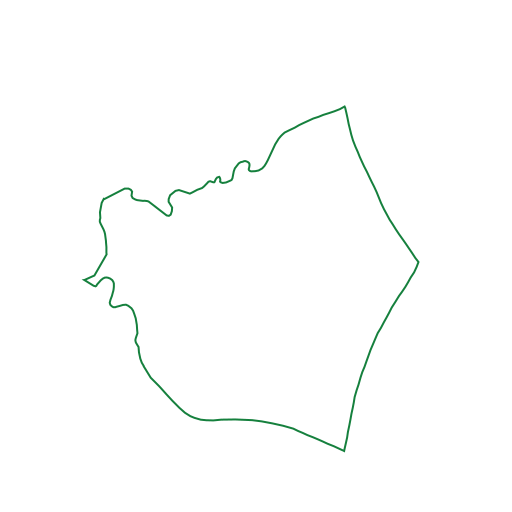 the district of Ma'rib City, Ma'rib, Yemen, rotated 205°
{"feature_id": "15242507B93077253954645", "entity_name": "Ma'rib City", "entity_type": "district", "adm_level": 2, "iso_a3": "YEM", "parent_name": "Yemen", "parent_adm1": "Ma'rib", "projection": "mercator", "projection_center": [45.317, 15.424], "detail": "fine", "context": "isolated", "style": "outline", "palette": "green", "viewbox_px": 512, "rotation_deg": 205, "n_neighbors": 0, "source": "geoboundaries", "source_scale": "gbopen_adm2", "svg_char_len": 3170}
<svg xmlns="http://www.w3.org/2000/svg" viewBox="0 0 512 512"><g transform="rotate(205 256 256)"><path d="M238.9,428.9L242.0,424.6L246.1,420.3L250.3,416.3L254.7,412.3L258.2,408.5L262.2,404.8L265.5,400.9L268.9,396.9L272.2,392.9L275.1,388.7L279.1,383.9L282.2,380.0L283.4,377.2L284.2,375.0L285.0,372.0L285.8,365.4L285.8,347.9L286.0,344.2L286.4,341.1L287.4,338.0L289.8,334.6L292.5,332.6L296.1,330.7L297.3,330.5L298.7,330.9L299.3,331.6L299.7,333.8L300.3,335.7L301.0,336.8L301.8,337.4L303.0,337.7L304.6,337.7L305.8,337.5L306.8,337.0L307.8,335.9L309.6,334.5L310.8,332.6L312.2,326.5L311.9,323.2L310.2,316.5L310.3,314.5L311.6,312.9L314.2,310.0L317.1,308.1L318.9,307.9L320.0,308.2L320.2,309.1L320.8,310.5L322.0,311.8L322.8,312.2L324.4,310.7L324.9,308.8L324.9,307.1L324.9,305.8L324.9,305.3L325.2,305.0L326.2,304.7L329.2,304.4L330.5,303.2L330.9,301.8L332.5,297.1L333.6,294.8L337.2,291.2L340.5,286.8L342.3,284.6L353.7,283.2L356.5,281.0L359.5,274.8L359.2,270.7L358.1,268.2L352.5,264.5L351.2,261.1L350.8,257.4L351.9,255.6L354.1,255.0L376.4,260.0L377.8,259.8L380.3,259.0L381.7,258.2L387.4,256.4L389.3,256.2L392.3,256.4L394.3,258.0L395.5,262.0L397.4,263.1L400.1,263.2L403.5,261.6L417.5,243.5L418.1,243.5L418.3,238.9L415.9,229.7L413.1,224.6L412.8,222.8L412.0,221.0L410.6,219.7L408.3,217.9L405.5,215.7L403.6,213.9L402.1,212.1L398.2,206.0L398.0,205.5L395.3,200.8L393.0,195.8L392.1,194.3L394.2,170.0L395.8,168.2L401.1,162.0L401.5,161.7L390.6,160.4L388.6,160.7L388.1,161.5L388.0,163.0L386.4,168.4L385.2,170.9L383.9,172.5L382.3,173.4L380.7,173.8L378.6,173.9L376.1,173.4L374.4,172.3L373.2,171.0L371.8,168.0L371.0,165.7L370.7,164.5L370.5,163.7L370.4,162.8L369.7,159.0L369.4,154.8L368.8,151.8L367.4,150.2L365.5,149.5L363.7,149.3L361.9,150.1L360.9,151.1L358.6,153.0L355.9,155.4L353.3,156.9L350.7,156.9L346.8,156.0L344.3,154.5L341.9,152.1L338.7,148.7L334.9,143.2L332.5,138.8L330.8,135.9L330.3,131.2L330.0,129.5L329.5,128.3L328.3,126.8L325.7,125.0L324.0,123.9L321.4,119.3L317.5,114.1L314.4,111.0L311.3,108.9L311.2,108.6L300.0,101.2L289.1,97.2L284.3,95.2L279.0,92.9L270.7,89.5L261.2,86.0L254.1,83.9L247.9,83.1L243.4,83.3L236.9,84.3L231.5,86.2L225.1,89.0L218.3,93.0L205.7,99.1L190.1,105.6L181.0,108.5L170.5,111.2L159.7,113.6L149.2,115.3L144.0,115.2L138.9,115.4L133.7,115.4L127.9,115.8L122.3,116.0L117.1,116.1L111.8,116.1L104.9,116.5L99.3,116.5L93.7,116.5L94.3,119.0L95.4,124.1L96.7,130.0L98.3,135.3L99.8,141.8L101.2,147.3L102.9,153.7L104.1,159.1L105.4,164.3L107.0,169.9L108.1,177.1L108.7,182.6L109.9,190.0L110.6,195.7L110.8,201.4L111.4,207.4L112.0,214.0L112.5,219.4L112.7,225.7L112.9,231.1L113.1,237.6L112.4,243.6L112.1,250.0L111.7,255.4L111.4,260.7L111.2,266.7L110.3,273.4L109.5,280.3L108.5,285.4L107.6,291.1L107.1,296.2L106.7,302.0L105.8,307.9L105.8,314.0L106.2,319.2L110.7,321.5L115.5,324.5L120.7,327.6L125.2,330.3L130.6,333.4L135.4,336.1L140.5,339.2L145.7,342.6L150.1,345.3L155.2,349.1L159.8,352.5L165.1,356.9L169.5,361.0L173.7,364.9L178.2,368.7L182.4,372.0L186.8,375.6L191.1,379.2L195.9,382.9L199.8,386.2L203.9,389.7L207.6,393.2L212.1,397.1L217.0,401.8L220.9,406.2L224.4,410.6L227.8,414.8L231.3,419.6L234.5,423.8L237.8,428.0L238.9,428.9Z" fill="none" stroke="#15803d" stroke-width="2"/></g></svg>